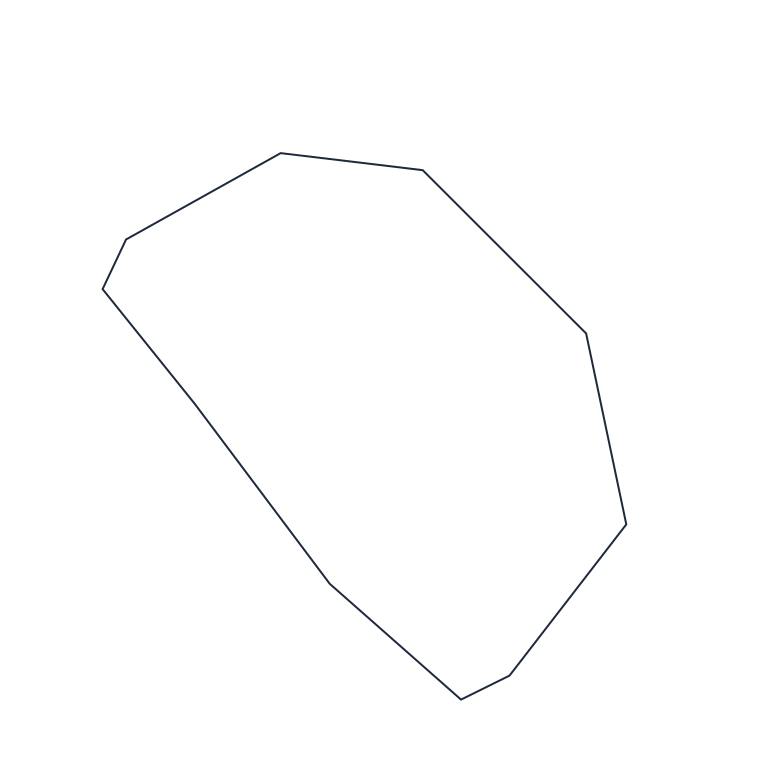 an SVG outline of Cook Islands, rotated 42°
{"feature_id": "COK", "entity_name": "Cook Islands", "entity_type": "country or territory", "adm_level": 0, "iso_a3": "COK", "parent_name": "Oceania", "parent_adm1": "", "projection": "mercator", "projection_center": [-159.785, -21.218], "detail": "fine", "context": "isolated", "style": "outline", "palette": "slate", "viewbox_px": 768, "rotation_deg": 42, "n_neighbors": 0, "source": "natural_earth", "source_scale": "50m", "svg_char_len": 296}
<svg xmlns="http://www.w3.org/2000/svg" viewBox="0 0 768 768"><g transform="rotate(42 384 384)"><path d="M652.4,567.0L477.4,568.8L256.2,525.3L111.4,501.8L95.6,449.2L152.7,281.6L269.7,199.2L500.4,211.2L658.0,326.2L672.4,516.7L652.4,567.0Z" fill="none" stroke="#1e293b" stroke-width="2"/></g></svg>